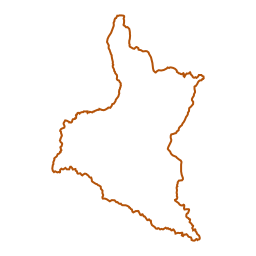 San Francisco, Putumayo, Colombia (Equal Earth projection)
{"feature_id": "7082276B24911475844532", "entity_name": "San Francisco", "entity_type": "district", "adm_level": 2, "iso_a3": "COL", "parent_name": "Colombia", "parent_adm1": "Putumayo", "projection": "equal_earth", "projection_center": [-76.835, 1.148], "detail": "fine", "context": "isolated", "style": "outline", "palette": "amber", "viewbox_px": 256, "rotation_deg": 0, "n_neighbors": 0, "source": "geoboundaries", "source_scale": "gbopen_adm2", "svg_char_len": 5839}
<svg xmlns="http://www.w3.org/2000/svg" viewBox="0 0 256 256"><path d="M65.2,120.4L63.6,123.2L63.6,123.9L64.6,126.2L64.3,127.6L61.8,128.6L60.9,129.2L60.2,130.4L60.2,131.1L60.9,131.6L61.2,133.8L61.6,134.2L61.9,135.8L61.5,136.2L61.0,137.8L60.5,138.5L60.4,139.5L59.9,140.4L60.7,142.2L61.6,142.8L62.0,143.3L62.2,143.9L61.6,146.1L60.4,147.1L60.4,147.7L60.8,148.2L60.9,149.6L61.4,150.1L60.8,150.8L60.8,151.8L60.6,152.1L60.0,152.0L59.6,153.2L58.8,153.8L57.7,154.1L56.8,156.3L54.4,158.2L54.2,158.8L54.4,159.6L53.3,162.2L53.4,164.1L52.8,165.1L52.3,168.5L52.8,170.8L54.0,172.1L55.1,171.3L57.3,172.4L58.4,172.0L59.7,172.4L60.0,172.2L60.2,169.8L61.4,168.7L62.5,169.3L63.4,169.3L65.4,167.9L66.8,169.3L69.2,169.3L70.2,166.8L70.9,166.7L72.1,168.0L72.8,169.5L75.4,169.0L75.8,170.8L76.8,171.2L77.4,173.3L78.0,173.7L80.3,173.3L81.7,175.1L82.4,175.4L83.0,174.7L84.9,173.6L86.4,174.0L87.4,175.0L88.2,175.4L89.4,177.1L90.5,177.7L91.2,177.6L91.7,179.3L91.9,181.0L92.3,181.6L95.7,183.8L96.9,184.1L98.1,185.2L99.1,185.5L100.7,186.6L100.9,188.8L102.5,190.6L102.4,193.1L103.2,195.0L103.0,196.0L102.4,197.0L102.5,198.0L102.8,198.6L104.9,198.6L106.6,199.2L109.8,201.3L111.8,200.1L114.6,200.3L116.3,202.2L117.5,202.1L118.7,203.4L119.7,203.8L120.9,203.7L121.3,204.4L122.3,205.2L125.7,205.3L127.4,205.9L129.0,206.8L129.2,207.6L130.0,207.8L130.8,209.0L131.9,209.5L132.4,211.6L133.3,212.4L136.0,211.0L137.3,211.2L137.9,210.9L138.4,211.0L140.3,214.8L141.1,215.2L141.9,214.4L142.5,214.3L143.7,216.3L144.5,216.3L145.0,216.8L147.2,220.0L147.9,220.2L149.0,219.4L149.8,220.4L150.7,220.5L150.9,220.8L151.1,223.1L152.0,225.1L154.8,227.1L155.9,228.5L157.2,228.8L157.9,228.2L158.6,228.2L160.1,229.4L161.6,228.9L163.0,229.4L165.7,227.7L167.0,228.7L167.9,228.1L169.2,229.2L170.1,228.9L171.4,230.4L172.4,230.2L173.0,229.5L173.4,229.4L174.1,230.2L175.2,232.3L175.5,233.6L178.0,232.8L179.6,233.1L182.1,232.7L182.4,233.1L181.8,235.4L183.0,236.1L184.2,234.6L184.9,234.7L186.5,234.2L187.5,235.2L188.5,236.7L191.0,237.5L191.5,238.7L191.6,240.0L193.2,240.6L194.6,240.6L196.4,239.0L196.8,239.1L197.5,240.0L198.0,239.6L199.3,239.3L199.7,238.7L199.7,237.5L199.1,235.7L196.9,233.7L196.6,232.4L195.4,231.1L195.5,230.1L195.2,229.4L194.7,229.4L193.1,230.3L193.0,229.4L192.2,228.0L193.1,226.3L193.1,225.7L192.1,225.0L191.4,223.7L189.6,222.1L190.1,219.7L189.9,219.2L188.9,219.0L188.5,218.2L187.1,217.5L186.3,216.6L186.3,214.9L186.8,213.7L187.7,213.3L188.2,212.6L189.1,210.2L189.0,209.4L188.6,209.2L186.7,209.2L184.5,209.5L184.0,208.5L184.3,205.7L184.1,205.0L183.5,204.7L182.3,205.5L181.1,205.4L179.6,204.6L178.6,203.1L175.1,200.6L175.0,199.9L176.9,198.9L177.2,198.0L177.3,197.1L176.8,196.2L177.0,194.1L176.6,193.0L177.0,190.1L176.6,188.0L176.7,187.1L177.4,186.4L177.1,185.8L177.1,184.9L177.7,183.5L177.7,182.3L178.9,180.6L182.0,180.3L182.9,179.2L182.9,178.0L181.7,174.7L181.1,171.4L181.1,164.7L181.5,162.0L180.8,160.6L178.9,159.4L176.8,157.7L176.1,156.8L173.0,155.5L171.6,154.4L170.8,153.2L170.1,151.5L168.6,150.0L167.8,148.9L168.2,147.3L171.1,141.3L171.3,139.8L170.7,137.8L170.7,136.5L170.7,135.9L171.3,134.4L173.8,133.8L174.5,133.4L175.8,133.2L176.4,132.6L176.8,131.4L177.5,131.2L178.7,130.0L178.6,129.5L179.2,127.6L180.1,126.8L180.4,126.3L181.8,125.3L182.6,123.4L183.7,122.1L184.8,120.1L186.2,116.7L186.9,116.0L187.4,115.1L187.9,114.0L187.9,112.7L189.0,111.1L189.2,108.2L191.0,106.6L193.1,104.1L193.2,101.9L192.0,100.2L191.9,99.1L192.6,97.6L193.7,96.0L194.0,94.9L193.9,94.3L195.0,92.3L195.0,91.0L194.5,89.1L194.5,86.6L194.8,86.3L195.8,86.0L197.2,84.0L198.1,82.1L198.9,81.1L200.0,80.4L201.5,80.3L202.4,79.0L203.1,79.0L203.7,78.3L203.5,76.5L202.3,76.0L201.4,75.0L198.9,75.0L198.1,76.5L196.6,77.8L196.4,77.9L195.5,77.2L194.4,77.7L193.5,77.6L192.6,76.7L192.2,75.7L190.7,74.3L190.5,73.1L190.0,72.3L189.5,72.7L189.3,73.2L187.7,73.7L186.7,73.5L185.1,75.4L184.7,76.5L184.4,76.9L183.6,76.1L183.5,75.3L183.9,74.4L183.7,73.5L183.4,73.2L181.7,74.2L180.5,74.0L179.7,73.3L178.8,73.3L177.7,72.3L176.9,71.9L176.8,70.8L176.5,70.2L175.0,68.8L173.1,67.9L170.8,67.4L169.8,67.5L169.1,68.0L167.6,67.5L166.7,68.5L163.8,70.0L161.2,70.5L158.7,70.2L157.1,71.1L155.7,72.5L155.3,72.4L153.6,70.7L153.0,68.3L152.4,63.0L151.0,57.3L148.9,53.6L148.6,52.5L147.2,51.4L146.6,51.2L145.7,51.1L142.9,51.4L141.0,50.2L138.6,49.7L138.3,48.1L136.6,47.0L136.0,47.2L134.2,48.8L133.0,48.5L129.8,46.6L129.5,45.7L129.7,44.8L129.2,43.3L129.3,40.6L129.8,39.0L130.1,35.6L129.9,34.0L129.9,32.3L129.6,30.4L129.2,28.8L127.5,27.1L126.1,27.3L124.5,25.6L124.0,25.5L123.5,24.9L124.0,23.1L124.1,21.1L124.1,20.1L123.6,18.8L124.2,17.0L124.1,16.1L123.6,15.7L121.5,15.4L119.3,15.4L118.3,15.9L117.3,15.7L116.1,18.1L115.3,18.3L114.9,18.9L114.4,20.3L114.5,20.9L113.6,22.8L113.8,24.9L113.7,25.9L111.1,32.8L108.7,36.5L107.6,38.9L107.0,42.0L108.8,45.4L108.6,47.4L108.7,48.5L109.6,49.9L110.3,52.2L110.7,53.0L110.8,53.8L111.7,55.3L111.6,55.9L112.1,58.8L112.9,62.1L112.7,63.7L113.3,64.9L112.7,65.8L112.8,67.0L114.0,69.3L114.3,71.2L115.0,71.9L115.2,73.1L116.9,75.1L117.1,76.8L116.8,78.7L117.0,79.4L117.6,80.1L119.0,80.5L119.8,82.2L120.4,82.7L120.8,83.8L120.6,84.6L120.9,85.5L120.6,86.0L120.6,86.9L120.1,87.5L120.0,88.8L119.3,89.9L119.0,92.2L119.3,93.2L118.3,96.5L115.8,99.7L115.6,100.9L114.9,102.1L113.8,103.7L112.3,104.1L111.7,105.8L110.3,107.8L108.9,107.5L108.0,107.8L107.7,108.4L106.8,108.7L105.5,109.6L103.7,110.2L101.3,109.8L100.7,109.3L100.1,109.3L99.3,108.9L98.9,109.8L98.6,109.9L97.6,109.8L94.5,111.1L94.0,111.6L93.3,111.5L92.4,112.4L89.8,111.8L89.2,112.4L87.9,112.5L87.5,112.9L87.2,112.2L87.5,111.4L87.0,111.3L86.2,111.5L83.8,111.4L83.2,112.1L82.1,112.1L80.1,112.8L79.6,113.6L78.8,112.9L78.1,112.8L77.4,113.2L77.0,114.5L76.3,114.6L75.9,115.3L76.2,116.1L76.1,117.9L75.4,118.6L74.9,118.4L74.6,119.0L72.8,119.3L72.3,120.4L72.0,121.8L71.2,122.5L70.9,122.6L69.7,122.1L69.2,122.4L68.9,121.8L66.7,120.7L65.2,120.4Z" fill="none" stroke="#b45309" stroke-width="2"/></svg>